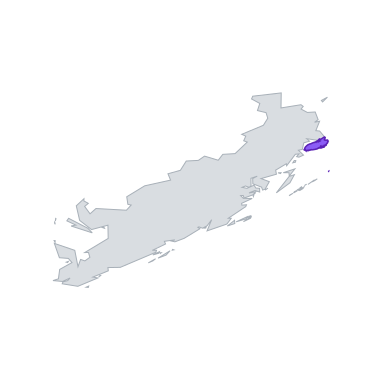 Murmansk highlighted on a map of Russia, rotated 150°
{"feature_id": "RUS-2333", "entity_name": "Murmansk", "entity_type": "Region", "adm_level": 1, "iso_a3": "RUS", "parent_name": "Russia", "parent_adm1": "", "projection": "robinson", "projection_center": [34.347, 73.115], "detail": "fine", "context": "in_parent", "style": "filled", "palette": "violet", "viewbox_px": 384, "rotation_deg": 150, "n_neighbors": 0, "source": "natural_earth", "source_scale": "10m", "svg_char_len": 7363}
<svg xmlns="http://www.w3.org/2000/svg" viewBox="0 0 384 384"><g transform="rotate(150 192 192)"><path d="M299.1,237.9L288.9,240.2L290.1,238.3L287.5,234.0L292.2,233.2L291.2,224.1L283.4,225.7L257.9,209.0L251.2,211.1L253.7,213.4L250.9,220.5L229.9,221.0L204.6,213.0L203.7,219.8L191.2,216.6L181.5,221.7L170.7,216.2L163.2,216.8L153.4,206.4L146.5,209.2L135.5,203.7L119.2,207.6L121.6,210.5L117.5,213.5L120.1,217.1L96.8,214.1L89.5,218.0L88.2,223.7L94.6,229.8L89.0,234.8L93.9,242.8L91.5,244.6L65.2,233.2L72.9,220.3L54.0,213.1L52.9,210.5L56.1,209.3L52.3,203.2L45.3,199.7L46.6,191.6L51.0,191.1L46.1,189.5L54.1,183.2L51.0,181.0L49.5,172.8L51.3,170.8L48.4,167.7L55.3,165.0L72.6,170.7L68.3,174.9L60.0,173.7L57.0,172.3L55.0,172.1L66.0,180.8L64.8,177.2L70.6,178.7L75.2,173.7L79.0,175.0L77.0,168.2L82.0,168.7L83.7,170.3L80.3,171.5L83.6,173.0L96.9,167.4L96.2,169.3L108.6,169.1L110.0,165.2L125.5,169.1L119.9,162.3L127.3,157.9L129.9,158.4L129.3,161.4L135.2,168.7L132.7,173.3L127.6,173.1L134.1,174.4L137.8,167.8L140.2,167.5L142.7,170.5L146.3,171.0L142.6,167.7L134.9,166.9L134.7,163.5L131.6,161.4L133.4,158.1L136.7,161.8L141.8,162.6L143.1,162.6L136.6,160.3L140.6,159.1L149.8,160.7L149.4,163.4L151.7,164.6L150.7,160.8L143.1,156.3L154.7,157.4L155.4,155.7L151.2,153.7L152.7,152.5L173.7,151.1L171.2,149.6L177.8,146.8L198.4,150.8L188.8,158.2L195.8,155.2L201.0,155.4L203.2,158.1L203.9,158.5L204.6,158.5L203.5,156.2L222.0,155.8L231.7,157.4L234.3,159.8L230.7,159.1L240.6,163.1L240.9,160.2L255.5,161.3L251.8,159.3L253.5,157.9L291.8,162.6L302.6,168.6L303.9,165.6L320.4,167.9L316.5,164.6L338.0,167.4L350.3,177.4L348.7,178.7L344.0,177.4L340.6,178.5L348.9,179.3L356.7,184.8L351.1,183.6L345.3,191.1L331.2,190.9L332.3,196.3L339.7,201.4L336.9,216.3L322.7,200.1L328.1,184.3L322.2,189.3L319.2,185.9L313.1,186.5L311.9,191.4L315.2,193.2L287.8,193.7L281.4,205.3L297.8,209.7L303.5,223.6L299.1,237.9ZM119.4,149.1L100.1,156.9L94.7,155.8L102.6,151.0L119.4,149.1ZM298.8,206.5L313.7,223.0L309.1,221.4L314.8,229.6L312.0,230.9L300.3,212.6L298.8,206.5ZM91.3,160.6L99.8,157.2L98.4,160.2L103.3,163.1L91.3,160.6ZM240.4,152.1L246.0,150.3L254.5,151.7L240.4,152.1ZM158.6,141.7L168.7,144.1L156.5,143.0L158.6,141.7ZM154.5,140.0L162.3,140.6L152.6,141.2L154.5,140.0ZM170.7,143.3L178.4,144.9L169.3,146.2L170.7,143.3ZM256.9,152.4L260.3,151.9L265.3,152.5L256.9,152.4ZM27.3,206.4L33.9,204.7L34.2,206.6L27.3,206.4ZM83.6,140.9L87.8,140.6L79.8,141.3L83.6,140.9ZM251.5,155.6L257.4,157.1L250.1,156.6L251.5,155.6ZM90.1,166.9L87.7,168.1L86.4,167.3L87.5,166.1L90.1,166.9ZM91.6,140.4L95.3,140.1L97.4,140.5L91.6,140.4ZM104.6,140.4L103.1,141.1L100.1,140.8L100.6,140.4L104.6,140.4ZM108.5,140.5L105.2,140.4L109.8,140.2L108.5,140.5ZM106.1,163.7L107.9,165.6L105.2,164.2L106.1,163.7ZM157.0,142.1L154.6,142.5L152.4,141.9L157.0,142.1ZM93.5,139.5L98.4,139.4L96.8,139.9L93.5,139.5ZM331.3,162.5L328.5,162.2L329.5,161.2L331.3,162.5ZM79.9,140.5L83.0,140.7L76.9,140.8L79.9,140.5ZM127.3,157.2L124.3,157.4L127.3,157.1L127.3,157.2ZM198.1,153.9L200.2,155.0L197.5,154.4L198.1,153.9ZM315.2,165.2L313.8,165.7L312.2,165.3L315.2,165.2ZM98.8,141.3L96.5,141.0L100.2,141.2L98.8,141.3ZM97.8,139.9L99.4,140.4L96.5,140.1L97.8,139.9ZM326.6,232.4L326.6,233.6L325.7,235.3L326.6,232.4ZM95.0,141.2L96.7,141.7L94.6,141.7L95.0,141.2ZM140.3,158.9L138.3,159.4L137.7,159.3L140.3,158.9ZM335.9,194.1L333.8,193.7L335.0,193.1L335.9,194.1ZM250.2,154.6L250.1,155.4L248.9,154.8L250.2,154.6ZM285.9,204.3L287.2,205.8L285.9,205.4L285.9,204.3ZM335.8,216.8L335.7,218.9L334.8,218.3L335.8,216.8ZM91.5,141.4L89.6,141.5L88.8,141.4L91.5,141.4ZM141.1,157.4L140.9,158.2L140.4,158.0L141.1,157.4ZM238.2,151.5L237.5,152.0L236.7,151.0L238.2,151.5ZM323.1,236.9L324.9,235.2L323.3,237.3L323.1,236.9Z" fill="#d9dde1" stroke="#a8b0b8" stroke-width="1"/><path d="M48.5,167.7L48.4,167.7L48.5,167.7L49.0,167.5L49.2,167.4L49.5,167.3L49.8,167.3L49.9,167.2L50.0,167.1L50.2,166.9L50.2,166.7L50.3,166.6L50.8,166.6L51.0,166.5L51.4,166.5L51.8,166.3L51.8,166.1L52.0,166.0L51.9,165.9L52.0,165.8L52.5,166.0L53.0,166.1L53.3,165.9L53.3,165.7L53.2,165.6L53.1,165.4L53.5,165.4L53.8,165.5L54.0,165.5L54.0,165.8L54.3,165.6L54.5,165.6L55.0,165.7L54.8,165.5L54.8,165.4L54.9,165.2L55.1,165.2L55.3,165.3L55.5,165.4L55.3,165.2L55.2,165.0L55.2,164.9L55.3,164.9L55.5,164.9L55.8,165.2L56.0,165.2L56.3,165.2L56.3,165.3L56.5,165.4L57.1,165.4L57.3,165.5L57.5,165.5L57.4,165.7L57.5,165.7L57.4,165.8L57.0,165.9L56.2,165.7L56.0,165.8L55.7,165.7L55.4,165.7L55.4,165.8L55.5,165.8L55.4,165.9L55.4,166.0L55.5,165.9L55.9,165.9L56.1,165.9L56.2,166.0L56.3,166.1L56.2,166.1L55.7,166.3L55.8,166.3L56.1,166.2L56.3,166.2L56.5,166.2L57.0,166.2L56.8,166.3L57.0,166.2L57.4,166.2L57.0,166.5L56.8,166.6L57.0,166.6L57.1,166.4L57.8,166.3L58.1,166.3L58.0,166.5L58.2,166.4L57.9,166.6L57.7,166.7L57.8,166.7L58.1,166.7L57.8,166.8L58.0,166.8L58.3,166.9L58.2,166.9L57.8,167.1L57.3,167.2L57.3,167.3L57.2,167.3L57.2,167.5L57.3,167.5L57.3,167.3L57.4,167.2L57.6,167.2L58.0,167.1L58.3,166.9L58.3,166.7L58.6,166.5L58.9,166.6L59.9,166.6L60.0,166.7L60.3,166.7L60.4,166.8L61.0,166.8L60.9,166.9L61.0,166.9L61.3,166.9L61.5,166.9L61.3,166.7L61.7,166.7L62.9,167.0L63.0,167.1L63.4,167.1L63.5,167.2L63.4,167.2L63.5,167.3L63.9,167.3L64.3,167.5L64.5,167.5L64.9,167.7L65.3,167.8L65.5,167.9L65.7,168.1L66.2,168.1L66.7,168.4L66.9,168.6L67.1,168.7L67.2,168.8L67.4,168.8L67.5,168.9L67.6,169.1L68.2,169.2L68.3,169.2L67.8,169.0L68.0,169.0L68.3,169.1L68.6,169.2L68.6,169.3L68.8,169.3L69.2,169.5L69.4,169.6L69.8,169.8L70.2,169.8L70.4,169.8L70.3,169.7L70.1,169.5L70.3,169.5L70.5,169.6L70.6,169.8L70.8,169.9L71.0,170.1L71.3,170.2L71.5,170.3L71.3,170.4L71.5,170.5L71.8,170.6L72.0,170.4L72.0,170.5L72.3,170.7L72.5,170.6L72.8,170.8L72.7,171.1L72.7,171.3L72.9,171.3L73.0,171.4L73.0,171.5L72.9,171.9L73.0,171.9L73.2,172.0L73.3,171.9L73.5,172.0L73.4,172.1L73.5,172.2L73.4,172.3L73.5,172.5L73.4,172.5L73.1,173.0L72.7,173.3L72.3,173.5L72.1,173.8L71.9,173.9L71.8,174.0L71.5,174.1L71.2,174.2L71.1,174.3L70.3,174.5L69.9,174.6L69.6,174.7L69.1,174.8L68.9,174.8L68.1,174.9L66.8,174.8L66.6,174.8L66.3,174.8L66.1,174.7L65.9,174.6L65.5,174.5L64.8,174.3L64.5,174.3L64.3,174.3L64.1,174.3L63.8,174.3L63.6,174.2L62.6,174.1L62.4,174.1L62.2,174.1L61.8,174.0L61.7,173.9L61.4,173.8L60.8,173.5L60.7,173.5L60.2,173.7L59.8,173.5L59.9,173.4L60.1,173.4L59.5,173.3L59.4,173.3L59.4,173.2L59.2,173.3L58.9,173.2L58.8,173.3L58.6,173.1L58.4,173.0L58.3,172.9L58.3,173.0L58.2,172.9L58.2,173.0L58.4,173.2L58.2,173.1L58.3,173.2L58.1,173.1L57.3,172.9L56.8,172.6L56.8,172.4L57.1,172.3L56.7,172.3L56.4,172.2L56.1,172.2L55.3,172.2L55.0,172.1L54.9,172.1L55.1,172.1L55.4,172.2L55.6,172.2L55.9,172.3L56.0,172.4L56.3,172.5L56.2,172.6L56.0,172.8L56.3,172.8L56.5,173.0L56.9,173.1L57.0,173.2L56.7,173.2L57.1,173.3L57.5,173.3L57.8,173.4L57.8,173.5L57.4,173.4L57.3,173.5L57.2,173.6L56.9,173.5L56.3,173.6L56.3,173.8L56.2,173.8L55.9,173.9L55.8,174.1L55.0,174.2L54.9,174.1L54.8,173.9L54.5,173.7L54.4,173.6L54.4,173.4L53.4,173.3L50.0,173.5L49.9,173.3L49.5,172.9L49.4,172.7L49.5,172.5L50.2,171.9L50.3,171.8L51.2,171.2L51.3,171.1L51.3,170.8L50.7,170.4L50.1,169.8L48.9,169.5L48.8,169.4L48.5,168.7L49.0,168.1L49.2,167.8L48.5,167.7ZM59.1,166.4L59.5,166.4L59.9,166.5L59.2,166.5L59.1,166.4ZM57.2,173.6L57.3,173.6L57.5,173.5L58.0,173.6L57.5,173.6L57.4,173.6L57.5,173.6L57.2,173.6ZM63.4,141.6L63.5,141.5L63.9,141.6L63.5,141.6L63.4,141.6ZM55.9,172.2L56.0,172.2L56.0,172.3L55.9,172.2L55.9,172.2Z" fill="#8b5cf6" stroke="#5b21b6" stroke-width="1.5"/></g></svg>